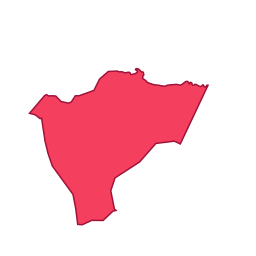 Burke, Georgia, United States of America, rotated 331°
{"feature_id": "52423323B39009804461770", "entity_name": "Burke", "entity_type": "district", "adm_level": 2, "iso_a3": "USA", "parent_name": "United States of America", "parent_adm1": "Georgia", "projection": "robinson", "projection_center": [-81.796, 33.05], "detail": "fine", "context": "isolated", "style": "filled", "palette": "rose", "viewbox_px": 256, "rotation_deg": 331, "n_neighbors": 0, "source": "geoboundaries", "source_scale": "gbopen_adm2", "svg_char_len": 1684}
<svg xmlns="http://www.w3.org/2000/svg" viewBox="0 0 256 256"><g transform="rotate(331 128 128)"><path d="M37.3,187.9L41.0,190.4L51.5,191.2L61.4,196.8L74.6,193.4L77.5,194.3L76.8,192.4L82.5,174.5L92.5,165.3L121.7,163.3L144.9,155.0L162.2,162.0L166.0,167.3L218.7,129.4L218.2,129.0L217.7,128.9L216.5,129.6L216.0,129.7L215.3,129.5L214.9,129.2L214.7,128.8L214.6,128.3L214.8,127.6L214.8,127.3L214.7,126.9L214.4,126.6L214.2,126.5L213.8,126.5L213.5,126.8L213.0,127.0L212.5,127.1L211.5,126.9L210.3,125.6L209.6,124.5L209.0,123.3L207.9,122.3L207.4,122.2L206.9,122.5L206.5,122.5L205.4,122.0L205.2,121.5L205.1,121.1L205.3,120.6L205.6,120.0L205.6,119.4L205.1,118.6L204.8,118.4L204.3,118.4L203.6,119.2L203.1,119.2L202.9,119.1L202.8,118.9L202.9,118.3L203.0,117.8L203.0,117.0L202.7,116.2L202.2,115.8L201.8,115.6L201.6,115.5L201.0,115.4L197.6,115.8L196.5,116.1L195.3,116.0L194.3,115.7L191.5,113.3L185.6,110.6L182.5,109.5L181.8,109.5L181.0,109.6L180.7,109.5L177.8,107.4L176.1,105.9L171.5,102.6L168.9,99.7L167.0,97.5L166.7,95.8L166.2,94.4L164.8,91.7L166.4,89.6L167.1,89.5L167.6,89.2L168.4,86.8L168.4,86.7L168.1,86.1L167.3,85.7L166.9,85.2L165.9,81.8L165.6,81.3L164.4,80.3L163.4,80.1L163.0,80.3L162.8,80.7L163.7,82.0L163.6,83.0L163.3,83.5L162.0,83.9L160.7,83.9L157.1,83.0L156.7,82.7L156.5,82.4L156.5,80.8L156.1,79.9L155.6,79.6L153.8,78.8L151.8,78.2L151.0,76.9L150.9,76.9L149.7,75.7L147.5,74.6L146.2,73.0L138.2,69.0L126.9,71.4L116.4,78.6L101.0,76.1L97.5,74.3L90.9,77.8L87.9,77.3L82.3,72.4L80.3,65.0L77.7,63.3L74.1,61.4L73.0,59.4L70.8,59.2L49.0,67.4L53.2,71.4L55.7,77.3L57.2,77.5L49.1,99.2L45.8,111.2L43.4,124.5L47.7,159.4L43.2,173.2L37.3,187.9Z" fill="#f43f5e" stroke="#9f1239" stroke-width="1.5"/></g></svg>